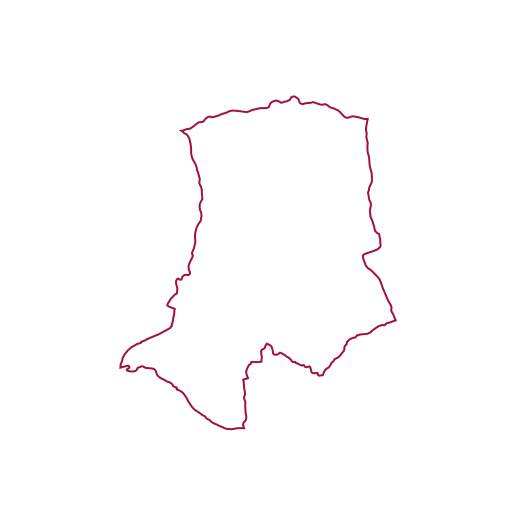 outline of Tópaga, Boyacá, Colombia, rotated 317°
{"feature_id": "7082276B68599110832879", "entity_name": "Tópaga", "entity_type": "district", "adm_level": 2, "iso_a3": "COL", "parent_name": "Colombia", "parent_adm1": "Boyacá", "projection": "natural_earth1", "projection_center": [-72.847, 5.767], "detail": "fine", "context": "isolated", "style": "outline", "palette": "rose", "viewbox_px": 512, "rotation_deg": 317, "n_neighbors": 0, "source": "geoboundaries", "source_scale": "gbopen_adm2", "svg_char_len": 6134}
<svg xmlns="http://www.w3.org/2000/svg" viewBox="0 0 512 512"><g transform="rotate(317 256 256)"><path d="M113.5,240.5L113.2,241.0L112.1,240.7L111.3,240.5L109.7,239.5L108.7,239.2L102.9,237.9L98.6,237.6L96.7,237.8L92.5,238.5L88.7,239.7L87.4,240.8L85.2,242.1L83.6,242.6L81.4,244.4L81.6,244.7L80.8,245.3L82.1,245.9L87.7,249.0L87.9,249.5L87.8,250.6L87.2,251.3L86.0,251.3L84.4,250.9L84.0,251.0L83.8,251.4L83.8,252.3L84.2,253.2L84.7,253.9L86.5,255.9L89.0,257.7L89.4,257.9L91.3,257.9L92.8,257.2L93.5,257.2L94.7,257.8L97.2,258.7L98.0,259.7L99.2,263.0L100.3,263.9L101.1,265.0L102.0,265.9L103.8,268.1L104.3,269.0L104.4,269.5L104.4,271.1L104.2,271.9L102.8,275.0L102.6,275.7L102.6,278.4L103.5,281.8L104.6,284.2L105.2,286.9L105.9,288.1L106.5,288.9L107.1,291.0L107.2,293.4L107.0,294.3L106.7,294.9L107.3,296.8L108.2,297.8L108.2,298.1L108.0,298.9L107.5,299.2L107.2,299.2L107.0,299.5L108.5,302.6L109.2,306.1L109.1,308.4L108.3,313.2L107.5,315.4L106.6,320.6L106.2,323.9L106.3,326.8L107.8,332.6L108.2,335.4L109.1,337.8L109.3,339.1L109.0,340.9L109.4,342.4L110.2,344.2L110.2,346.5L110.5,347.9L111.6,351.0L112.5,352.7L112.8,354.1L114.0,356.8L115.0,358.7L115.6,360.5L116.6,362.4L119.9,365.9L124.7,369.1L126.9,370.9L129.8,373.9L131.3,370.6L133.3,369.4L134.2,369.2L135.2,369.4L137.0,368.9L137.6,368.5L139.7,366.5L141.5,363.5L146.5,357.6L148.8,355.3L149.1,354.7L150.1,351.9L150.6,351.5L153.3,349.8L155.2,347.9L157.2,344.5L160.9,340.0L162.3,337.7L166.8,339.9L168.2,336.4L169.5,334.4L170.6,333.4L172.0,332.6L175.4,331.3L176.7,330.9L177.9,331.2L178.6,331.2L180.3,330.3L181.0,330.7L181.8,331.9L185.3,335.1L187.1,336.4L188.0,336.9L188.9,335.9L190.9,334.4L191.9,333.2L192.8,331.6L194.5,329.4L195.0,329.1L195.3,328.9L195.5,329.1L196.4,328.6L197.0,328.6L198.3,329.2L199.1,329.3L200.2,329.0L202.0,327.9L202.9,327.9L204.1,327.5L205.4,330.6L205.6,331.5L205.5,332.9L205.3,333.6L204.8,334.5L204.0,336.2L202.1,338.8L201.9,339.7L202.0,340.2L202.7,341.4L204.7,342.8L206.1,343.0L207.1,342.8L207.8,343.4L208.3,344.3L209.6,348.6L209.7,350.3L210.4,351.8L210.5,352.4L210.8,355.5L210.5,358.1L210.7,358.7L211.1,359.3L212.3,359.9L212.5,360.3L212.2,361.6L213.2,363.3L214.3,366.5L214.9,367.4L216.2,368.0L216.5,368.4L216.6,368.8L216.2,370.0L216.4,371.1L217.4,372.1L219.4,372.8L219.8,373.2L219.8,374.6L219.4,375.0L218.5,377.0L217.5,378.4L217.4,379.3L217.6,380.2L218.6,381.5L220.4,382.7L221.1,383.4L221.0,384.0L220.2,385.1L220.5,386.4L220.9,387.0L222.4,387.7L223.2,388.6L223.6,388.7L226.0,387.5L228.3,386.7L230.3,386.5L231.5,386.7L233.2,387.1L235.2,386.8L238.6,385.6L240.4,385.8L242.7,385.2L243.5,385.2L246.4,386.1L248.6,386.2L249.9,386.2L253.0,385.5L254.9,385.4L255.8,385.2L256.4,384.9L258.9,382.7L259.9,382.4L262.1,382.3L264.1,380.9L265.0,380.8L268.3,381.0L271.6,382.2L272.7,383.1L273.2,383.2L274.4,383.3L275.3,382.9L275.9,382.9L276.1,383.0L276.6,383.7L277.0,383.9L277.9,383.9L284.4,388.9L288.1,390.0L288.9,389.8L290.5,389.9L295.5,390.5L297.7,391.0L300.9,392.3L301.7,393.0L302.3,394.0L303.0,394.4L304.7,394.2L306.0,394.5L308.6,395.9L311.1,396.9L314.2,398.4L316.6,392.2L317.0,390.0L317.5,388.6L318.0,387.7L319.7,386.4L320.4,385.3L321.2,383.5L321.6,381.2L322.6,377.4L325.0,371.2L326.7,366.2L329.3,360.5L330.6,357.0L330.7,352.9L330.5,345.2L329.6,341.3L329.7,338.0L332.7,331.0L334.6,328.5L336.2,328.5L339.5,329.8L345.0,332.4L349.8,334.1L352.8,334.1L353.9,333.6L354.9,332.7L356.0,330.9L358.3,328.5L359.3,326.4L360.9,324.2L361.0,323.8L360.2,321.6L360.3,318.7L361.0,317.3L362.3,315.4L365.3,308.9L366.8,304.8L368.2,303.3L369.2,301.7L370.7,300.1L374.1,297.7L376.0,295.8L377.2,292.2L378.4,290.1L380.1,287.9L380.4,287.4L380.5,286.7L381.3,286.0L383.9,284.6L384.3,284.1L385.6,283.2L390.4,281.2L391.7,280.4L394.3,277.7L396.8,274.6L397.6,273.4L400.4,268.0L406.4,260.4L408.0,257.0L409.7,254.7L412.5,251.5L414.6,249.8L415.4,248.4L415.9,247.8L417.5,244.6L418.1,243.9L419.2,243.1L421.0,241.3L421.9,239.4L422.7,238.5L424.5,236.8L431.2,231.9L428.8,229.8L427.3,227.4L425.4,224.1L422.6,220.4L421.4,219.4L417.5,217.6L416.4,216.4L415.8,215.3L415.6,213.8L415.6,207.3L415.2,205.3L414.5,203.7L413.6,201.3L411.5,197.6L411.3,196.6L411.3,195.3L410.9,193.8L410.0,192.0L407.8,190.6L406.9,189.9L405.9,188.4L403.4,183.6L402.6,182.4L400.5,181.3L399.6,180.5L396.2,178.0L394.7,177.3L393.5,176.5L392.6,174.8L392.6,173.5L393.6,171.3L394.0,169.6L393.7,168.0L393.2,166.1L392.3,164.9L391.0,164.2L389.9,164.0L387.3,164.9L383.7,163.7L381.9,162.5L380.1,161.8L379.0,161.1L378.6,160.4L378.5,159.3L378.0,158.0L377.5,156.9L376.7,156.0L374.6,154.9L372.7,154.2L371.6,154.1L370.2,154.3L367.7,155.5L366.5,155.7L365.6,155.5L364.6,155.0L360.0,150.8L352.5,146.4L350.7,146.0L347.4,144.5L340.5,136.2L337.9,133.5L335.5,132.0L332.0,131.0L327.3,128.6L325.1,128.0L320.6,125.9L317.9,124.0L317.6,123.3L317.5,122.7L316.9,122.2L315.4,121.6L313.6,121.2L312.0,121.3L309.6,121.7L308.8,121.6L308.0,121.2L304.9,119.0L296.6,118.3L294.7,117.8L293.9,117.5L292.7,116.5L291.7,115.9L288.7,114.7L286.9,113.6L287.3,114.9L287.2,117.1L288.1,119.3L288.2,120.3L288.1,121.8L287.6,123.6L286.9,125.5L285.7,127.4L284.6,129.5L284.1,129.9L283.0,131.6L279.9,135.4L279.3,135.7L277.1,139.0L276.0,141.3L275.3,143.5L274.4,147.6L272.9,151.0L271.3,153.2L271.0,153.9L270.9,154.7L268.0,160.3L267.1,161.7L265.4,162.9L264.2,164.2L263.4,166.1L263.1,167.6L261.4,170.8L259.5,172.8L256.0,177.3L255.2,177.9L252.4,178.8L250.6,179.6L249.3,180.6L248.4,181.5L247.4,182.8L246.4,184.3L245.6,186.6L244.5,188.3L242.9,190.0L240.4,191.9L239.6,192.5L235.1,193.5L231.4,195.0L227.5,197.5L224.5,200.3L221.2,204.4L215.8,208.1L213.4,209.0L211.0,210.3L210.5,211.3L210.4,212.2L209.9,212.8L209.0,213.4L204.4,215.1L201.8,216.2L200.3,217.0L198.3,219.1L197.5,220.4L196.8,222.4L195.9,223.7L194.9,224.1L193.5,223.7L191.3,221.5L190.2,221.0L188.3,220.9L186.3,222.0L185.4,222.3L184.7,222.0L184.2,221.4L183.7,219.5L183.1,219.1L182.3,219.2L181.1,219.5L179.8,220.3L178.2,222.6L176.6,225.8L175.0,227.4L172.5,229.4L170.4,228.9L169.3,228.9L164.6,229.2L159.1,230.7L158.0,231.1L157.5,231.7L157.5,232.4L158.2,234.4L160.5,239.3L158.5,240.7L157.8,241.6L155.0,243.9L154.5,243.9L149.7,247.7L146.1,249.6L146.2,249.9L144.0,250.1L132.0,247.1L119.7,242.5L118.0,242.3L113.5,240.5Z" fill="none" stroke="#9f1239" stroke-width="2"/></g></svg>